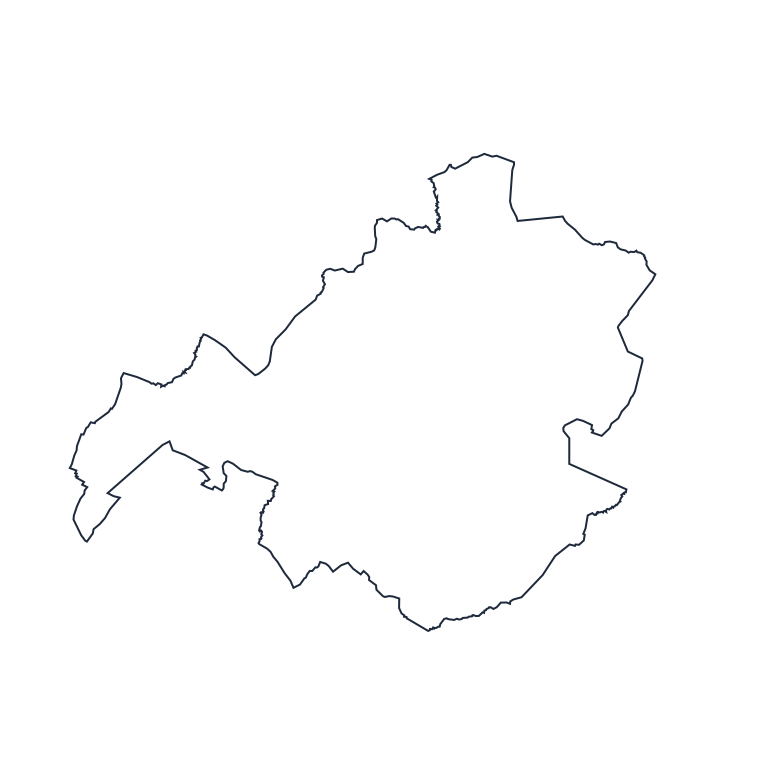 Nang Rong, Buri Ram, Thailand, rotated 201°
{"feature_id": "78962969B52670203653904", "entity_name": "Nang Rong", "entity_type": "district", "adm_level": 2, "iso_a3": "THA", "parent_name": "Thailand", "parent_adm1": "Buri Ram", "projection": "mercator", "projection_center": [102.757, 14.628], "detail": "fine", "context": "isolated", "style": "outline", "palette": "slate", "viewbox_px": 768, "rotation_deg": 201, "n_neighbors": 0, "source": "geoboundaries", "source_scale": "gbopen_adm2", "svg_char_len": 6166}
<svg xmlns="http://www.w3.org/2000/svg" viewBox="0 0 768 768"><g transform="rotate(201 384 384)"><path d="M631.0,300.9L631.6,295.1L629.1,289.9L628.4,286.4L627.8,268.7L629.1,263.3L630.3,263.3L631.0,259.3L639.9,245.4L639.9,243.8L644.1,243.1L645.0,237.8L646.2,236.2L646.4,229.1L648.6,228.6L648.4,216.1L647.2,211.9L647.5,206.3L646.7,197.2L647.2,192.9L640.2,193.0L640.3,190.0L638.7,190.2L638.8,187.5L636.9,187.7L637.4,186.3L628.9,185.0L629.7,181.8L624.1,181.4L625.3,177.4L624.5,173.9L626.3,168.2L626.8,159.8L626.4,150.1L625.3,146.2L612.4,134.2L606.8,130.7L604.9,130.4L602.3,140.1L603.1,144.4L599.2,151.3L596.4,158.9L595.0,168.8L589.9,183.2L596.3,182.4L602.9,183.1L568.9,247.7L563.7,253.6L557.5,246.4L544.1,246.4L518.8,242.8L525.2,237.9L521.0,237.3L512.8,232.4L514.4,230.0L516.2,229.7L516.8,226.3L518.1,226.3L518.3,224.8L511.4,224.1L506.1,224.2L506.1,226.4L505.2,227.6L497.2,226.5L496.6,228.1L496.5,229.6L497.9,233.5L496.8,236.8L498.2,241.7L501.7,243.3L505.1,249.3L504.8,253.2L502.2,255.9L496.5,255.5L486.6,252.5L479.9,253.2L477.7,254.7L475.5,254.9L471.3,253.8L453.7,254.5L448.2,253.7L447.3,251.8L449.1,249.3L448.1,247.5L449.6,244.2L447.9,244.2L448.3,242.5L447.5,241.7L447.6,240.5L446.5,239.8L448.0,236.1L447.8,234.2L450.6,233.3L449.2,230.4L452.0,228.1L451.4,225.0L452.0,223.9L451.5,222.2L450.7,221.8L450.8,220.4L452.7,220.3L453.2,219.6L451.4,217.9L451.3,215.1L450.3,212.4L448.8,211.1L448.0,207.1L448.5,206.0L448.1,202.5L447.1,201.9L446.9,203.1L446.2,203.2L444.8,202.1L444.7,199.7L443.3,199.1L443.9,196.9L443.1,196.0L443.3,195.2L444.6,194.5L443.8,192.7L444.1,190.5L443.0,189.8L434.1,188.4L429.8,186.7L425.3,183.0L419.6,179.8L409.0,171.8L400.8,166.8L395.5,161.3L390.6,166.6L388.7,173.9L387.6,175.3L387.4,179.3L386.3,182.9L384.0,183.7L382.3,188.3L380.9,188.6L379.9,190.0L379.8,195.0L373.9,195.4L370.2,194.2L364.3,190.5L359.1,199.3L353.6,204.3L346.7,200.5L337.5,197.9L336.0,202.1L331.0,200.2L328.6,198.5L327.7,195.6L319.4,193.3L317.3,189.2L308.9,185.5L306.8,185.5L303.3,187.8L299.7,188.8L292.9,189.2L289.6,180.2L285.4,176.1L282.0,175.2L281.9,173.9L279.4,174.5L278.8,173.4L254.3,169.3L253.0,170.6L253.3,171.8L251.3,172.3L250.9,174.2L249.6,173.5L249.3,174.5L247.9,174.9L246.2,177.0L245.1,177.4L245.4,180.1L243.6,186.2L241.6,187.7L239.7,187.5L233.9,188.9L231.8,191.0L229.6,191.0L227.2,192.4L226.7,193.8L222.2,195.9L221.5,197.1L218.4,198.8L218.6,199.8L217.9,200.3L215.1,200.3L212.3,201.5L210.1,206.2L208.6,206.2L209.1,208.4L207.7,209.5L207.7,210.6L205.8,212.5L205.9,213.2L204.5,213.8L201.2,213.2L198.7,216.1L196.6,221.8L191.0,224.0L187.6,223.9L188.2,226.3L186.1,229.1L179.2,234.2L167.4,262.5L162.6,284.7L153.2,300.7L147.7,301.3L147.7,302.8L144.3,303.8L141.4,309.5L142.6,315.3L144.2,315.5L144.1,321.4L146.7,334.3L143.2,338.1L140.6,337.2L139.2,337.8L139.5,338.5L138.3,339.7L139.1,340.4L138.8,341.1L136.6,341.4L134.7,342.8L133.4,342.5L133.3,344.0L132.4,344.6L130.7,344.2L131.4,345.3L131.2,346.8L130.6,347.5L128.7,347.6L128.2,348.9L127.4,349.2L127.1,351.1L125.8,350.8L125.9,351.6L124.9,352.2L124.1,354.4L123.2,354.4L122.1,358.1L121.2,359.0L121.9,359.5L122.0,362.2L121.3,364.5L122.6,365.3L121.7,367.1L120.5,367.4L121.1,368.2L120.4,369.2L119.4,369.5L119.9,372.5L182.4,375.8L191.6,399.8L199.4,404.3L200.9,407.2L200.3,410.2L191.2,420.3L184.8,420.9L175.1,420.2L174.2,416.1L172.3,416.0L171.9,415.3L172.5,413.2L162.2,413.6L157.6,423.4L157.5,428.5L152.9,436.0L152.2,443.5L148.7,452.3L148.6,459.5L147.5,462.5L147.1,467.2L150.9,498.2L152.1,500.4L168.0,501.7L185.9,520.5L185.9,522.5L184.2,528.2L181.0,535.7L181.5,539.9L170.6,577.0L170.0,583.7L176.7,585.3L181.7,589.3L182.7,592.5L185.4,594.7L185.5,595.7L186.8,596.2L187.1,597.4L191.4,598.5L194.7,597.8L196.2,598.9L197.6,596.9L201.3,595.8L202.6,594.3L206.3,595.2L211.4,594.5L214.7,595.4L217.8,598.8L224.1,598.0L228.5,595.8L228.7,593.2L230.3,591.6L233.4,592.1L234.2,590.8L236.5,590.6L238.5,589.3L248.2,590.5L251.4,591.6L261.2,596.6L269.9,599.4L273.3,601.1L277.2,604.4L317.7,584.1L320.2,587.4L328.0,594.3L331.8,599.7L340.9,629.7L341.2,635.2L342.1,637.6L360.7,637.4L364.4,635.1L372.8,634.8L378.2,629.4L382.7,627.0L385.3,621.1L394.8,610.5L398.9,610.8L400.2,612.6L401.3,612.1L402.2,606.1L403.5,603.5L409.5,598.3L415.3,591.7L412.7,591.7L412.4,590.1L409.7,589.4L408.1,586.9L408.1,585.5L407.1,585.7L405.8,584.8L405.5,584.0L406.5,581.6L402.3,576.5L401.7,576.4L401.4,577.6L400.2,574.0L398.5,573.1L399.7,571.2L398.5,570.5L399.1,569.2L396.6,568.1L397.8,564.6L396.9,564.6L396.8,563.4L395.6,563.2L395.2,562.2L394.2,562.2L394.5,561.2L393.4,561.4L393.1,560.5L391.8,560.0L391.2,558.3L392.0,557.9L391.7,556.9L392.7,556.6L391.9,556.0L392.8,554.6L391.5,553.1L389.6,553.2L388.9,552.1L389.4,551.1L388.7,550.9L389.5,550.1L387.5,549.0L387.7,548.1L389.1,548.4L390.0,546.6L390.6,547.0L391.1,546.0L390.7,543.5L394.9,543.0L399.1,546.0L401.8,546.6L402.0,545.3L403.3,544.6L403.4,543.8L408.5,542.8L410.8,540.4L411.2,538.9L415.1,537.9L417.4,539.8L420.1,539.4L423.3,541.5L430.1,542.9L431.4,542.0L433.3,542.3L436.4,541.2L439.5,536.9L445.1,537.8L449.3,534.5L448.3,531.9L449.1,528.8L448.7,526.7L445.2,518.9L443.1,516.5L441.1,508.6L441.0,505.3L442.9,503.1L449.2,498.7L449.1,494.2L446.9,488.4L450.5,485.0L452.2,480.9L452.4,478.0L457.8,475.6L463.8,476.9L470.6,472.3L475.4,472.3L478.8,470.0L480.4,466.3L479.8,465.2L480.8,463.1L480.2,462.0L478.4,462.0L478.0,458.5L474.9,456.0L475.6,452.6L474.7,452.0L475.0,447.9L475.9,446.6L475.4,445.7L478.1,442.5L478.0,438.4L491.2,415.2L495.4,399.8L501.0,387.0L502.0,378.5L498.7,364.1L498.8,360.0L500.5,355.7L505.0,348.2L507.5,346.0L533.0,355.4L544.8,361.2L557.3,364.3L566.4,365.8L570.3,365.7L570.7,362.3L571.7,361.4L570.9,360.6L571.3,358.9L570.6,358.5L571.0,357.0L570.3,352.6L571.5,352.3L571.6,350.2L570.8,348.9L571.8,347.5L570.9,346.8L572.4,344.9L570.8,344.1L570.2,342.4L569.2,342.2L569.9,341.1L569.6,338.9L570.6,336.6L570.0,332.7L571.0,331.0L570.8,329.8L571.6,329.6L571.8,328.0L574.3,326.8L573.9,326.1L574.6,325.8L574.6,324.3L573.7,323.6L575.8,323.6L574.8,322.1L576.3,321.6L576.3,319.3L581.3,315.1L582.4,313.2L582.6,309.7L586.2,307.4L586.8,305.6L588.4,304.1L588.0,303.3L589.9,303.1L591.1,301.6L591.7,303.8L595.4,303.7L596.7,301.2L599.6,302.0L601.0,301.0L603.8,301.7L617.1,302.0L631.0,300.9Z" fill="none" stroke="#1e293b" stroke-width="2"/></g></svg>